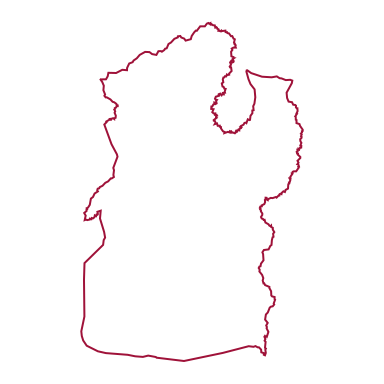 the district of Kranuan, Khon Kaen, Thailand
{"feature_id": "78962969B2173089266466", "entity_name": "Kranuan", "entity_type": "district", "adm_level": 2, "iso_a3": "THA", "parent_name": "Thailand", "parent_adm1": "Khon Kaen", "projection": "mercator", "projection_center": [103.114, 16.767], "detail": "fine", "context": "isolated", "style": "outline", "palette": "rose", "viewbox_px": 384, "rotation_deg": 0, "n_neighbors": 0, "source": "geoboundaries", "source_scale": "gbopen_adm2", "svg_char_len": 5932}
<svg xmlns="http://www.w3.org/2000/svg" viewBox="0 0 384 384"><path d="M266.8,336.8L268.4,331.9L266.6,328.3L266.9,327.0L266.2,325.5L267.7,322.9L265.1,319.6L265.9,314.5L267.8,312.5L269.7,307.7L270.8,306.7L272.7,306.3L274.2,304.5L273.7,303.5L275.1,299.7L274.6,299.2L274.6,297.0L272.1,296.4L271.3,295.5L271.1,291.2L269.4,288.1L269.4,286.9L265.1,285.1L264.2,283.3L263.5,283.4L262.7,280.5L263.3,278.1L262.1,274.9L259.4,271.5L259.7,269.7L258.7,268.0L259.4,266.6L260.5,266.3L261.0,263.6L263.5,260.3L263.1,254.1L262.4,252.3L263.9,250.0L268.6,249.4L270.3,245.9L271.5,245.0L271.9,240.0L272.6,237.3L273.5,236.8L273.1,233.8L274.3,232.1L272.8,229.6L272.8,227.8L271.2,227.0L271.1,225.6L270.5,226.2L269.4,225.7L268.5,224.3L265.4,222.5L264.6,219.8L263.7,220.0L262.9,218.9L261.7,218.5L261.0,217.0L262.3,214.9L262.3,213.4L260.9,211.4L261.0,210.3L260.1,209.4L260.5,208.4L259.8,207.9L260.3,206.6L261.8,206.3L261.7,205.4L264.3,204.1L265.1,202.2L264.9,199.9L265.5,199.5L265.6,197.7L266.6,197.8L267.1,199.8L267.8,200.2L268.1,198.7L268.2,199.1L270.8,197.9L272.6,198.1L275.9,197.0L276.6,197.6L278.9,195.2L279.4,195.4L279.7,194.1L280.9,193.6L281.5,194.0L281.8,192.8L283.4,191.3L284.9,192.0L285.6,189.9L288.0,188.6L288.3,184.2L289.3,183.5L289.0,182.4L289.7,182.1L290.4,179.9L289.5,178.3L290.5,178.2L290.3,176.9L292.0,174.4L291.8,173.3L292.6,173.3L292.7,171.8L293.8,171.3L296.2,171.3L298.6,167.8L298.3,166.8L299.0,166.6L298.3,164.4L297.4,164.2L298.5,162.6L297.5,160.8L300.3,158.0L300.3,156.9L297.9,154.7L298.0,153.6L297.1,153.5L296.7,151.8L297.6,151.3L297.4,149.7L298.4,149.8L298.4,149.0L299.2,149.5L299.6,148.0L301.2,147.6L301.3,145.9L300.3,145.6L301.4,142.9L300.4,141.2L300.2,139.2L301.5,137.9L301.6,136.8L301.0,136.3L301.7,134.5L300.9,133.7L302.0,132.3L301.9,131.2L302.7,130.9L302.7,129.7L300.0,125.8L299.5,124.1L296.5,123.1L296.5,120.0L295.8,119.7L295.7,116.5L295.3,116.3L296.9,113.9L296.4,113.7L297.6,111.1L297.4,108.4L296.9,108.5L295.9,107.3L296.0,105.7L295.3,105.0L293.2,104.7L292.0,102.2L288.6,101.6L287.1,98.0L286.6,92.7L291.8,83.2L292.3,80.6L290.2,79.8L285.8,80.1L281.5,78.4L279.6,78.2L276.8,76.4L271.7,77.3L262.0,76.7L251.2,73.1L247.3,70.3L246.7,70.4L246.4,71.6L248.5,79.2L250.5,84.1L254.6,89.4L255.3,97.3L254.4,103.7L253.2,106.2L253.6,110.2L252.3,110.5L252.4,113.2L250.5,115.8L250.0,119.9L249.3,120.1L247.8,119.3L246.4,123.1L245.8,122.6L244.5,122.9L243.5,124.7L241.0,126.0L241.4,127.1L240.3,127.2L240.8,128.2L239.4,128.8L239.3,130.3L238.2,129.8L237.0,131.7L236.5,131.5L237.0,130.6L236.3,130.5L235.8,131.3L236.4,131.9L234.9,133.3L232.6,132.4L232.0,132.7L231.3,131.5L230.3,132.5L229.9,131.9L230.3,131.3L229.9,131.1L229.2,132.3L227.8,131.9L224.4,133.1L224.7,132.0L223.0,131.3L220.9,128.3L221.0,127.1L219.8,126.8L219.8,125.7L217.7,125.8L217.0,123.4L214.8,124.1L215.6,122.7L214.7,120.7L213.8,120.7L213.7,120.1L216.6,117.8L216.0,117.4L216.1,116.3L217.1,115.7L216.5,114.7L215.0,114.8L215.2,113.4L213.7,113.5L212.3,112.2L213.5,109.2L211.2,108.9L211.4,106.5L212.3,106.5L213.3,104.5L214.3,104.2L214.3,102.5L215.4,102.9L215.7,103.9L216.6,103.4L216.1,100.9L216.9,99.9L215.5,99.5L215.0,98.7L215.8,96.7L219.2,95.7L219.4,94.7L218.6,94.7L218.7,94.2L220.3,93.6L221.6,95.2L222.0,94.4L223.7,94.4L223.1,92.9L225.0,92.7L224.7,91.7L225.6,88.9L224.4,88.7L223.6,86.9L222.5,86.5L221.8,83.4L223.3,82.3L222.8,79.3L223.4,77.5L224.3,77.4L225.0,76.2L226.2,76.4L226.9,74.5L227.6,75.0L229.2,74.7L229.1,73.6L231.6,71.0L231.1,67.4L230.1,67.4L229.7,66.6L231.0,64.7L230.1,62.4L231.0,61.2L231.9,62.7L233.4,62.0L233.7,61.2L233.2,60.1L232.5,60.2L232.5,59.1L234.0,58.1L233.4,58.0L233.5,57.1L231.4,56.3L231.1,51.7L232.4,49.9L231.7,48.6L233.4,47.6L235.8,47.6L235.3,46.1L235.7,45.2L234.4,43.9L235.1,42.7L234.5,43.1L234.0,42.6L234.8,39.3L233.5,38.6L232.3,36.1L231.0,36.2L229.0,33.4L227.4,33.1L227.1,32.2L225.6,32.1L225.4,30.6L221.9,31.1L221.5,30.6L220.9,31.4L220.0,31.0L220.2,31.6L219.5,30.6L218.4,30.8L218.4,29.2L217.3,28.8L217.0,27.7L216.3,27.1L215.3,27.6L214.8,25.4L212.9,25.2L211.5,24.1L211.4,24.7L210.6,24.7L209.8,23.9L210.0,23.2L209.0,23.6L208.4,23.0L206.9,23.6L204.9,26.3L200.2,26.3L196.8,30.8L195.8,30.6L194.2,32.3L191.7,36.0L190.8,39.2L185.6,40.6L184.2,38.6L181.3,37.5L180.3,36.0L177.9,36.3L177.8,37.4L174.4,38.8L171.0,42.5L168.5,44.0L166.7,48.3L165.1,48.7L164.3,50.0L161.9,51.7L161.0,51.1L158.4,51.2L156.4,54.9L152.1,54.1L149.5,52.1L145.1,51.9L139.7,54.9L136.8,58.3L133.6,60.5L132.6,62.2L129.2,63.5L127.1,67.9L127.0,70.2L122.3,69.8L116.1,73.0L108.4,72.8L107.7,76.3L106.0,79.3L100.8,79.4L100.1,78.9L102.3,82.1L103.8,85.7L103.4,90.2L105.1,94.5L104.4,95.8L105.7,97.4L106.7,97.3L110.4,99.4L112.6,101.8L114.3,102.3L116.4,103.9L116.5,104.8L117.7,105.3L117.7,106.1L116.8,106.1L115.8,107.7L114.8,108.1L114.8,109.3L114.3,109.6L115.2,111.3L114.6,112.8L115.8,115.6L115.6,117.8L114.2,118.3L114.2,119.0L113.1,118.2L111.7,118.7L111.0,119.8L110.1,119.7L110.2,118.9L109.5,119.0L109.3,119.8L106.3,121.5L106.6,122.1L104.3,124.5L111.5,144.2L116.9,154.3L117.5,156.7L113.3,167.9L114.0,170.2L113.4,175.0L113.9,177.0L111.6,178.5L110.8,178.4L108.1,181.4L105.3,182.8L102.5,185.8L99.8,187.1L99.2,188.3L97.7,188.7L97.2,190.3L97.9,191.4L94.6,193.5L93.0,197.0L90.9,198.6L89.8,204.8L88.0,207.6L86.7,208.2L87.1,209.2L86.5,209.5L86.6,210.9L84.2,213.0L85.7,215.6L84.7,220.1L86.0,219.6L87.2,220.1L89.9,219.5L90.0,218.7L91.4,219.2L91.8,218.0L93.0,218.4L94.4,217.3L94.8,215.4L96.1,216.1L96.6,214.5L97.5,214.7L97.9,214.0L97.4,211.8L100.7,210.7L100.0,218.5L104.1,231.9L105.1,237.6L103.7,240.1L103.1,244.9L84.5,263.1L84.0,279.7L84.4,316.6L81.3,331.3L81.8,336.0L83.2,340.5L86.7,345.7L97.9,351.3L105.9,353.1L127.7,354.8L135.2,356.3L142.9,356.9L148.2,355.6L155.8,357.0L156.6,357.7L184.0,361.0L222.9,352.9L248.7,346.2L253.5,346.8L255.5,346.1L257.6,347.3L258.9,347.3L261.1,349.6L261.3,352.3L263.8,353.1L263.8,354.8L265.0,355.3L265.8,352.9L265.3,349.7L265.9,348.6L265.0,347.8L265.6,341.8L264.6,340.7L265.4,339.0L264.4,336.8L264.8,336.2L265.2,337.0L266.1,336.3L266.8,336.8Z" fill="none" stroke="#9f1239" stroke-width="2"/></svg>